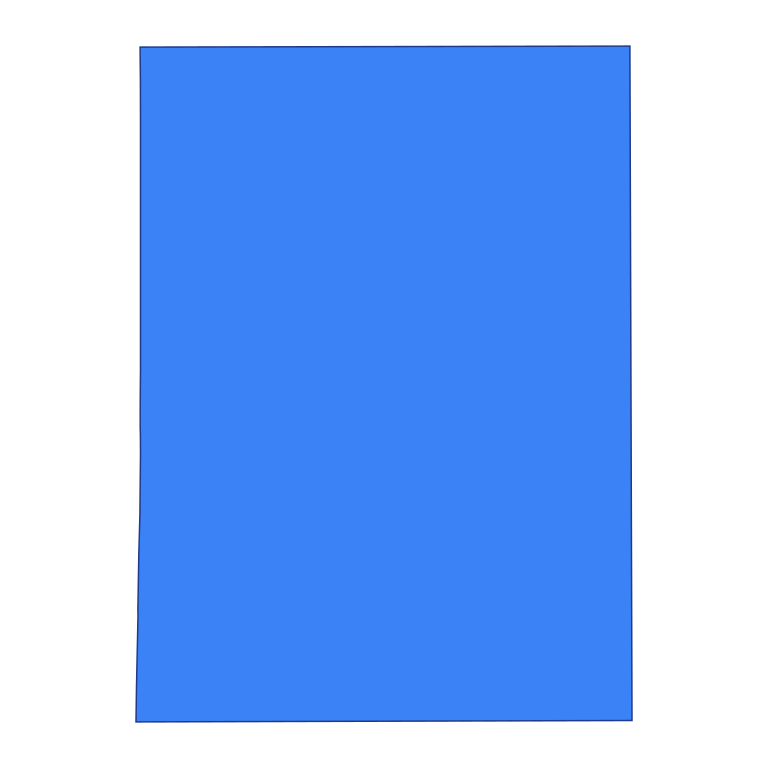 Bailey, Texas, United States of America
{"feature_id": "52423323B27652723515833", "entity_name": "Bailey", "entity_type": "district", "adm_level": 2, "iso_a3": "USA", "parent_name": "United States of America", "parent_adm1": "Texas", "projection": "albers", "projection_center": [-102.997, 34.069], "detail": "fine", "context": "isolated", "style": "filled", "palette": "blue", "viewbox_px": 768, "rotation_deg": 0, "n_neighbors": 0, "source": "geoboundaries", "source_scale": "gbopen_adm2", "svg_char_len": 440}
<svg xmlns="http://www.w3.org/2000/svg" viewBox="0 0 768 768"><path d="M632.0,720.5L629.9,46.1L140.1,47.1L140.2,61.0L140.4,79.3L140.5,124.3L140.5,323.5L140.5,357.9L140.5,369.7L140.3,392.3L140.2,410.4L140.2,419.3L140.3,421.0L140.2,422.1L140.2,427.9L140.4,434.3L140.5,454.6L140.4,464.0L140.3,474.5L139.9,514.6L138.8,554.7L137.9,609.1L138.0,615.6L136.5,686.5L136.0,721.9L632.0,720.5Z" fill="#3b82f6" stroke="#1e3a8a" stroke-width="1.5"/></svg>